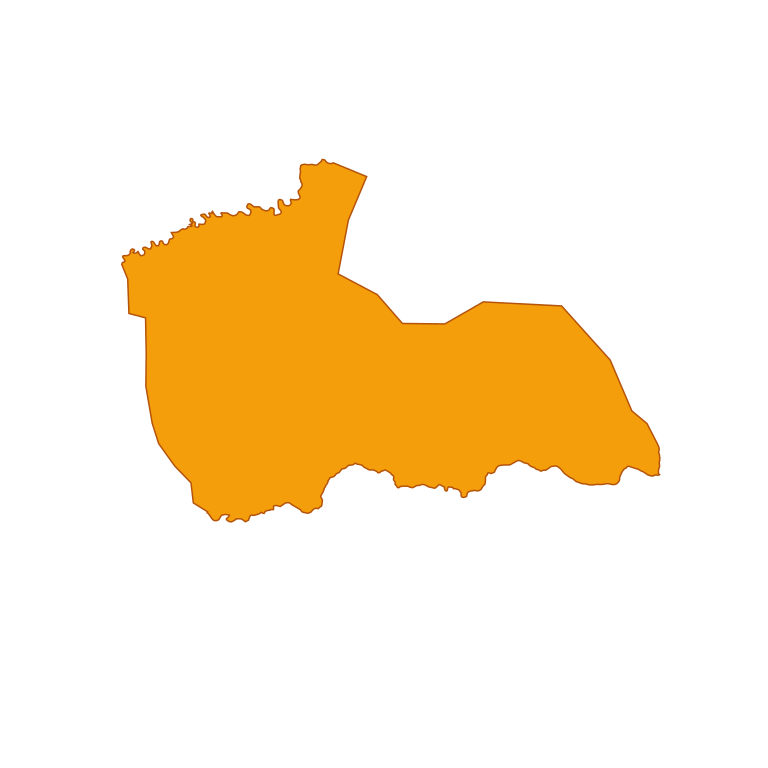 the district of Xushaat, Selenge, Mongolia, rotated 201°
{"feature_id": "93677404B66218634749011", "entity_name": "Xushaat", "entity_type": "district", "adm_level": 2, "iso_a3": "MNG", "parent_name": "Mongolia", "parent_adm1": "Selenge", "projection": "robinson", "projection_center": [105.47, 49.721], "detail": "fine", "context": "isolated", "style": "filled", "palette": "amber", "viewbox_px": 768, "rotation_deg": 201, "n_neighbors": 0, "source": "geoboundaries", "source_scale": "gbopen_adm2", "svg_char_len": 6159}
<svg xmlns="http://www.w3.org/2000/svg" viewBox="0 0 768 768"><g transform="rotate(201 384 384)"><path d="M246.2,520.5L320.8,496.2L348.7,461.9L388.5,447.1L422.3,465.0L466.3,470.3L476.0,524.3L474.5,571.4L510.8,572.3L511.0,571.8L512.1,570.9L515.0,570.1L517.1,570.5L519.6,571.9L521.7,571.7L522.2,571.3L522.4,569.4L524.5,565.3L525.2,564.4L526.6,563.7L529.9,563.2L533.6,561.4L536.9,560.7L539.1,559.3L540.0,558.1L539.3,554.5L537.9,552.2L537.8,550.6L536.4,545.9L535.1,544.7L533.9,542.8L532.4,541.8L531.5,539.4L532.1,536.3L533.3,533.3L532.3,531.6L529.5,528.8L529.1,527.9L529.5,526.4L530.6,525.2L533.1,524.0L537.4,522.9L537.3,522.2L535.4,519.7L535.7,517.6L537.0,516.1L539.7,515.4L540.8,515.4L541.7,515.8L544.3,518.7L545.3,519.1L547.3,518.9L548.0,518.5L548.4,517.8L548.2,516.1L547.8,515.2L545.5,510.6L542.7,508.9L541.4,507.8L541.3,507.0L542.1,505.3L545.3,502.8L546.7,502.4L547.6,503.2L549.0,507.3L549.5,508.0L551.2,508.4L553.0,508.0L553.5,506.9L553.8,505.2L554.6,504.2L556.2,503.3L560.1,503.2L563.2,504.6L564.2,504.6L568.6,502.9L570.0,503.0L572.8,504.1L574.4,503.9L575.2,503.5L575.6,502.9L575.7,500.5L575.1,499.6L574.3,499.2L571.3,498.8L570.6,498.4L569.8,496.4L569.8,495.0L570.1,493.3L570.6,492.9L573.1,492.3L577.5,493.5L580.1,493.3L581.0,492.9L581.3,492.4L581.9,490.0L582.6,488.8L584.9,487.0L587.7,486.8L591.4,487.5L597.1,485.6L597.4,485.0L595.5,483.6L595.4,482.5L595.6,481.9L600.0,480.3L601.5,480.6L604.6,482.5L605.4,483.4L606.1,483.7L606.2,483.2L605.7,481.6L605.9,481.4L608.4,481.1L608.7,480.6L606.4,478.5L606.1,477.9L606.8,477.1L607.5,476.6L608.6,476.4L612.2,478.3L614.2,477.4L615.5,476.2L615.5,475.8L614.3,475.1L612.4,474.9L610.3,473.9L609.0,472.7L608.8,472.4L608.8,470.5L608.9,469.0L611.0,467.8L614.0,467.0L614.0,466.3L613.4,465.2L613.4,464.5L614.2,463.5L615.7,463.2L616.5,463.3L617.1,463.8L617.8,466.6L618.1,467.0L619.0,467.3L620.5,467.3L621.6,469.2L622.1,469.5L623.6,469.3L623.8,468.7L623.8,467.3L622.8,466.4L621.0,466.0L620.5,465.3L622.4,463.4L620.3,463.3L619.8,462.8L620.0,462.4L623.2,460.8L623.5,460.5L623.6,459.7L623.4,459.3L624.7,457.6L626.1,456.8L627.1,456.9L628.5,455.8L630.5,452.4L633.1,450.8L636.8,449.2L633.3,446.2L633.2,445.3L633.3,444.8L634.2,443.5L636.1,442.4L635.8,438.0L636.8,436.1L638.9,435.5L640.7,436.4L641.7,437.6L642.3,437.9L643.5,437.7L644.5,436.6L644.0,433.8L644.1,432.3L646.2,431.5L647.0,431.8L650.1,434.0L651.1,434.2L652.0,433.9L652.5,433.1L650.5,430.3L650.1,428.9L650.5,427.5L650.2,426.7L651.7,425.8L655.8,426.2L657.3,425.4L657.8,424.6L657.6,423.4L655.0,422.3L654.8,421.8L654.2,419.8L654.3,418.8L654.7,418.3L656.4,416.8L657.5,416.8L659.4,417.8L660.4,419.1L661.2,419.5L661.6,419.0L661.7,418.0L661.9,417.8L663.8,416.7L665.0,416.5L665.5,416.8L664.8,418.5L664.8,419.5L665.6,420.0L667.4,419.9L668.3,418.6L668.5,417.4L668.5,416.7L667.8,415.9L668.0,414.1L668.5,413.1L669.4,412.1L673.3,410.3L673.7,409.5L673.4,408.9L669.9,406.2L670.2,404.7L671.7,403.7L671.7,401.7L660.9,390.2L647.4,358.4L630.3,360.3L616.9,327.2L605.5,296.5L586.4,264.4L573.0,247.6L549.9,232.4L528.8,222.6L519.4,204.7L503.0,201.5L503.0,200.4L501.7,200.2L495.7,196.2L494.0,195.7L492.7,195.9L491.4,196.4L489.6,198.1L488.9,202.3L488.3,203.5L485.3,205.4L482.3,206.1L481.3,206.1L481.4,204.9L482.2,202.8L482.6,202.4L482.8,201.7L482.7,201.2L481.4,200.4L478.9,200.1L477.0,200.7L476.1,201.5L473.9,204.3L474.0,204.8L473.7,205.1L469.9,206.7L467.8,206.8L464.1,205.7L461.7,208.3L461.8,211.5L461.6,213.2L461.2,213.7L460.6,214.2L458.4,214.7L456.2,216.3L453.6,218.5L452.6,220.2L450.7,219.9L449.5,220.3L449.2,222.7L446.6,224.7L445.4,225.2L444.3,226.4L442.3,227.0L442.3,228.0L443.2,229.6L443.3,230.3L442.7,231.0L441.0,232.1L437.0,232.4L433.3,237.7L431.8,238.5L429.6,239.2L426.8,238.3L416.9,236.7L416.1,236.0L414.1,235.2L409.3,235.9L408.7,236.1L406.4,238.1L405.4,240.8L404.3,242.7L402.7,243.7L400.7,244.1L399.7,246.1L398.6,247.7L398.8,249.7L399.3,250.7L399.3,251.5L400.0,253.7L402.7,256.1L402.8,257.9L402.2,261.3L402.2,264.0L402.4,265.5L402.1,266.1L401.8,269.3L401.4,270.4L401.2,272.6L401.6,273.5L400.9,275.8L401.0,277.1L397.7,279.5L396.7,281.6L396.3,283.3L394.2,285.2L393.1,289.0L392.4,290.0L390.8,290.8L389.6,292.0L388.1,295.2L384.1,297.4L382.6,299.5L382.1,299.8L380.2,299.5L378.5,300.0L375.5,300.3L372.8,299.2L366.8,298.5L363.7,299.8L362.2,300.0L359.0,299.7L358.3,299.1L357.2,299.1L356.3,299.8L354.9,302.1L354.0,302.4L352.1,304.1L351.1,304.2L345.9,303.2L344.6,302.2L342.7,301.9L341.5,300.6L341.1,298.7L340.7,297.9L338.8,296.6L338.0,295.6L337.7,294.3L335.6,293.3L334.7,292.4L333.9,292.2L333.0,292.5L331.6,294.5L329.9,295.1L329.1,295.7L325.4,297.0L324.1,297.2L323.1,296.9L320.3,297.4L319.7,297.8L317.0,301.0L315.0,301.8L312.1,304.1L309.7,304.5L305.3,304.0L299.3,304.9L298.5,305.8L296.7,309.4L295.9,310.1L290.5,309.3L290.0,307.9L289.4,307.2L288.5,306.4L287.9,306.4L287.3,306.5L286.7,307.3L287.2,309.0L287.2,310.2L286.7,311.1L283.2,312.0L282.4,312.0L282.0,311.3L281.3,311.2L279.6,311.9L276.0,312.0L272.8,309.7L272.1,307.6L271.6,306.9L270.8,306.4L269.3,306.5L267.5,307.7L266.6,308.9L267.1,311.3L267.1,312.2L266.6,313.3L265.2,314.9L262.5,316.3L262.2,316.8L258.2,317.8L257.3,318.3L255.6,320.3L255.0,324.2L253.9,326.4L254.1,328.0L255.1,331.5L256.0,333.6L255.0,336.6L255.2,338.0L254.2,338.8L252.0,338.7L249.4,341.1L248.9,346.4L247.8,348.5L245.7,350.1L243.6,351.1L237.5,353.6L231.5,360.7L228.7,361.2L225.2,360.6L221.1,361.2L219.1,360.2L217.1,359.7L214.1,359.8L212.8,359.6L211.5,359.0L208.6,359.3L206.5,358.8L205.5,359.5L204.4,360.6L202.2,361.4L200.0,364.3L198.5,366.8L194.5,369.0L192.3,369.2L188.5,368.0L183.5,365.1L176.9,363.4L173.6,363.2L169.7,361.8L162.8,362.0L160.4,362.9L156.3,363.4L153.4,364.4L148.6,366.9L146.1,367.6L142.5,369.4L141.2,370.4L138.5,371.4L134.5,372.0L132.2,373.1L130.8,374.6L129.9,377.0L129.7,378.8L130.6,381.6L130.3,386.9L130.1,388.4L129.5,389.7L129.4,390.8L127.7,392.5L127.5,393.6L126.3,394.9L116.2,395.5L112.2,394.9L110.7,395.0L105.0,393.7L102.6,393.8L100.0,394.4L98.3,396.2L95.0,397.3L94.3,398.1L95.5,398.6L96.4,400.4L97.1,403.0L97.1,405.3L97.4,406.4L99.0,409.5L99.2,411.6L99.8,412.7L99.9,414.0L100.9,415.2L101.3,416.4L103.2,418.7L103.6,421.7L104.5,423.2L107.4,426.2L124.3,441.3L143.0,447.7L181.4,487.4L246.2,520.5Z" fill="#f59e0b" stroke="#b45309" stroke-width="1.5"/></g></svg>